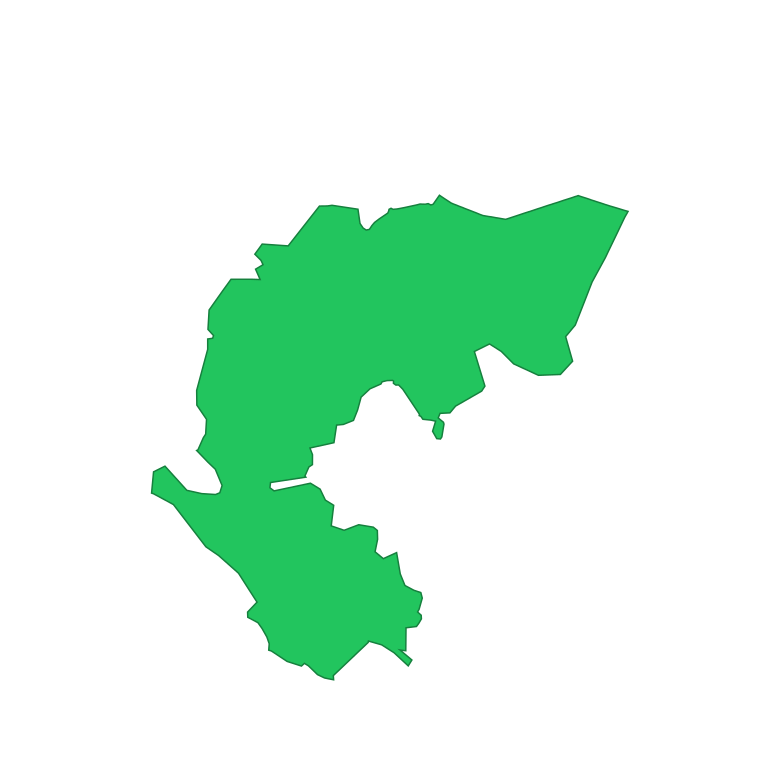 Bara, North Kordufan, Sudan (Mercator projection), rotated 306°
{"feature_id": "16777658B73241781951906", "entity_name": "Bara", "entity_type": "district", "adm_level": 2, "iso_a3": "SDN", "parent_name": "Sudan", "parent_adm1": "North Kordufan", "projection": "mercator", "projection_center": [31.071, 14.012], "detail": "fine", "context": "isolated", "style": "filled", "palette": "green", "viewbox_px": 768, "rotation_deg": 306, "n_neighbors": 0, "source": "geoboundaries", "source_scale": "gbopen_adm2", "svg_char_len": 3315}
<svg xmlns="http://www.w3.org/2000/svg" viewBox="0 0 768 768"><g transform="rotate(306 384 384)"><path d="M569.3,317.9L569.2,317.9L564.8,318.0L558.3,318.1L556.4,316.7L555.9,313.7L553.8,311.8L552.3,309.7L550.8,307.4L548.1,305.2L538.6,296.7L535.5,293.8L533.2,291.6L530.6,288.6L530.3,286.4L528.3,285.4L526.7,286.1L524.5,286.6L520.3,285.1L514.8,283.1L509.1,281.4L505.2,281.1L500.5,281.3L498.1,279.1L497.9,275.4L499.8,270.2L510.1,260.2L498.0,236.9L494.8,233.6L490.0,227.2L439.4,225.3L425.6,203.2L413.1,203.2L411.7,211.9L409.4,216.0L401.4,212.6L395.7,222.4L390.6,214.9L378.8,198.7L365.0,198.7L341.1,199.0L324.7,209.5L323.0,217.6L320.3,218.5L316.8,214.9L308.4,221.0L268.7,236.2L259.6,243.0L256.9,245.0L251.1,261.2L238.6,269.2L234.4,269.4L221.3,272.2L220.1,271.5L217.2,287.8L215.9,297.6L206.7,312.7L199.5,315.1L195.6,312.7L188.2,301.0L182.1,287.0L188.8,255.1L177.5,249.2L159.1,260.1L159.7,261.9L162.7,284.5L147.6,335.6L148.0,351.1L145.4,377.5L138.1,396.1L132.9,409.5L119.3,407.7L115.2,410.9L116.8,422.3L114.5,429.1L110.5,437.9L106.4,443.8L100.9,447.2L101.8,449.8L102.6,468.7L107.3,483.0L111.2,483.8L111.6,488.5L109.8,501.0L111.2,508.6L112.9,512.4L115.1,517.1L118.3,514.4L165.6,523.1L166.9,522.5L171.6,535.4L172.5,550.0L170.2,569.3L177.1,568.8L178.2,553.2L178.9,554.6L181.0,558.4L199.7,545.1L206.9,552.8L211.0,552.8L216.0,552.3L218.8,550.0L219.3,545.2L222.4,544.8L233.3,540.8L236.9,536.4L234.7,529.4L233.3,519.4L239.9,508.8L255.0,493.3L242.3,486.1L243.0,475.4L254.6,470.1L261.6,464.7L261.9,459.5L255.3,446.3L242.2,437.7L238.2,424.7L256.3,414.6L255.6,404.8L261.4,394.1L260.5,382.8L232.9,357.9L233.0,352.7L237.6,350.1L262.7,375.5L263.1,374.1L272.7,372.0L276.7,373.5L284.8,367.7L288.7,361.7L307.1,378.0L322.9,369.8L327.4,374.9L336.6,380.7L347.5,377.9L359.9,373.2L371.9,375.5L382.2,381.5L384.7,381.2L388.5,384.4L392.0,388.9L392.0,390.0L390.1,391.2L390.1,394.2L391.8,396.4L390.8,402.3L380.4,430.4L379.1,431.0L379.5,432.8L378.3,436.2L382.2,442.9L384.3,447.6L374.3,451.1L370.8,458.8L372.7,462.0L375.2,461.9L386.8,456.1L388.0,454.6L388.4,447.8L393.2,446.6L399.4,454.3L408.2,454.9L435.7,467.2L441.6,466.9L463.4,438.0L478.4,445.8L479.3,459.7L476.5,477.1L481.8,503.8L495.4,521.1L503.4,522.0L513.3,523.2L529.1,503.1L544.1,504.1L574.0,496.3L588.9,492.4L616.5,488.8L622.9,487.6L643.4,483.9L660.2,480.8L661.9,480.6L664.8,480.3L666.1,480.1L667.1,480.0L667.0,479.7L666.1,477.3L665.8,476.5L663.3,469.2L661.4,463.8L661.2,463.3L660.7,461.9L660.4,460.9L659.7,458.8L659.3,457.7L659.0,456.7L657.9,453.2L657.7,452.6L656.6,449.3L656.4,448.7L656.0,447.4L655.8,446.7L655.2,445.0L654.7,443.5L654.5,442.7L654.3,442.0L653.4,439.1L652.9,437.6L651.7,434.0L651.1,432.2L650.6,430.4L649.6,429.7L649.2,429.5L648.5,428.9L648.0,428.5L645.4,426.7L640.1,422.8L638.2,421.4L635.1,419.2L633.1,417.8L628.7,414.5L628.2,414.2L625.3,412.0L621.1,409.0L619.5,407.9L616.4,405.6L613.0,403.2L608.8,400.2L608.6,400.0L605.6,397.8L604.8,397.2L598.2,392.5L592.1,388.1L589.2,386.0L588.7,385.6L587.7,383.6L585.1,378.3L584.6,377.4L582.3,372.6L581.0,370.2L578.6,365.3L578.4,364.9L578.2,364.1L577.6,362.0L576.4,357.0L576.3,356.8L575.4,353.3L574.6,350.3L574.0,348.1L573.3,345.4L573.1,344.4L571.8,339.7L571.4,337.9L570.6,335.0L570.4,334.3L570.3,333.7L570.2,333.3L570.0,332.4L569.9,332.1L569.9,331.8L569.5,323.7L569.3,317.9Z" fill="#22c55e" stroke="#15803d" stroke-width="1.5"/></g></svg>